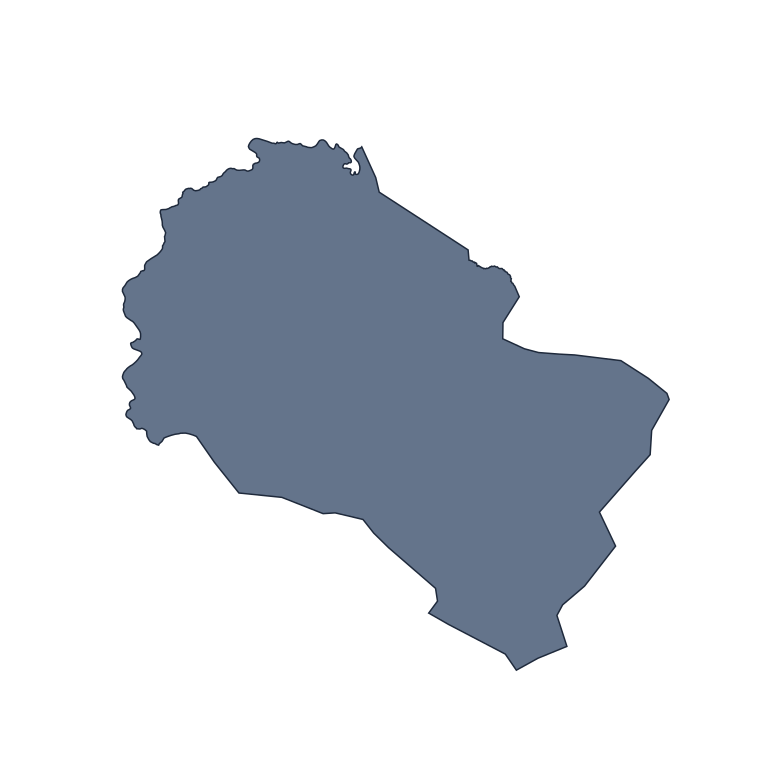 the district of To'morbulag, Hövsgöl, Mongolia, rotated 204°
{"feature_id": "93677404B25273038411096", "entity_name": "To'morbulag", "entity_type": "district", "adm_level": 2, "iso_a3": "MNG", "parent_name": "Mongolia", "parent_adm1": "Hövsgöl", "projection": "orthographic", "projection_center": [100.416, 49.267], "detail": "fine", "context": "isolated", "style": "filled", "palette": "slate", "viewbox_px": 768, "rotation_deg": 204, "n_neighbors": 0, "source": "geoboundaries", "source_scale": "gbopen_adm2", "svg_char_len": 6171}
<svg xmlns="http://www.w3.org/2000/svg" viewBox="0 0 768 768"><g transform="rotate(204 384 384)"><path d="M118.9,406.7L112.1,427.7L120.6,450.5L117.2,485.8L121.7,490.5L144.8,496.7L177.1,501.7L221.6,488.1L236.0,482.6L255.6,475.6L270.0,473.3L293.9,473.6L300.3,488.5L295.9,518.7L304.2,526.4L306.1,527.4L307.1,528.3L308.4,528.4L308.9,529.1L309.9,529.3L310.0,529.4L310.0,530.2L310.4,530.9L310.5,532.0L311.7,532.6L312.1,533.7L313.1,534.5L313.6,534.8L315.5,534.9L317.1,536.1L318.8,536.0L319.1,536.4L320.3,536.4L320.8,537.1L321.8,536.9L323.0,537.5L323.5,537.4L324.2,536.9L325.1,536.7L325.7,536.3L326.7,536.5L328.1,537.1L329.1,536.5L331.0,536.7L332.1,535.7L333.8,535.3L334.0,534.6L334.8,534.2L334.9,533.6L335.2,533.0L335.6,532.7L336.0,532.0L336.6,531.6L337.2,531.6L337.7,530.9L338.1,530.6L339.1,530.5L339.8,529.9L340.5,530.2L341.2,530.0L342.1,530.1L342.6,530.0L343.4,530.3L344.1,530.2L344.8,530.5L345.4,530.3L345.9,530.5L346.3,529.6L346.8,529.5L347.2,530.3L347.6,530.5L348.4,531.8L348.6,531.9L349.3,531.9L349.7,532.1L350.1,531.6L350.4,531.5L351.0,532.1L352.0,531.7L353.6,532.3L354.3,531.9L355.4,532.1L355.8,531.9L356.7,531.7L361.7,540.7L466.4,557.3L475.5,569.2L500.8,591.6L501.1,590.6L501.4,590.0L503.4,588.4L503.8,587.9L504.0,586.6L504.4,582.5L504.3,580.7L504.1,579.8L503.6,579.2L502.4,578.3L497.7,576.2L496.4,575.0L494.9,573.3L494.0,571.8L493.4,570.3L492.9,567.7L492.9,566.5L493.2,565.1L493.9,564.5L494.6,564.2L495.6,564.1L495.9,564.5L496.4,565.9L496.9,565.9L497.1,565.5L497.1,564.6L496.9,563.5L496.9,562.8L497.3,562.3L497.8,562.0L498.6,562.0L499.5,562.2L500.1,562.6L500.7,563.3L500.9,563.9L501.0,565.6L501.2,566.1L501.5,566.5L501.9,566.7L502.8,566.7L504.0,566.3L506.0,566.0L507.9,564.9L508.8,564.8L509.4,565.0L509.8,565.5L510.1,566.4L510.1,567.8L509.9,568.7L509.5,569.2L508.8,569.5L507.6,569.7L507.0,570.1L506.6,570.7L506.2,571.8L504.8,572.4L504.3,573.0L504.2,573.6L504.7,574.6L505.3,575.3L506.3,576.0L507.0,576.1L507.8,576.5L508.9,577.5L509.8,578.7L512.1,580.0L514.8,580.6L515.9,581.4L516.6,581.7L521.3,582.2L522.0,582.6L522.8,583.4L523.8,583.9L524.6,584.0L525.1,583.9L525.4,583.2L525.1,580.3L525.2,579.0L525.5,578.2L526.2,577.9L527.0,577.8L529.9,578.4L531.3,579.0L534.9,581.4L537.2,582.2L538.9,582.2L540.4,581.5L541.7,580.3L542.1,579.2L542.6,575.9L543.2,573.8L544.6,572.1L546.1,570.6L547.2,570.1L550.0,569.2L551.3,569.2L555.3,568.5L557.4,569.4L558.5,569.5L559.5,568.7L560.4,567.7L562.3,566.8L563.9,566.5L565.7,566.3L566.8,566.4L569.0,567.0L569.9,567.0L570.8,566.4L571.5,565.4L573.1,563.7L576.2,562.8L578.4,561.1L579.9,561.4L580.1,561.1L580.2,560.0L580.4,559.7L580.9,559.3L582.5,559.2L584.1,558.5L589.3,558.2L597.9,557.2L600.0,556.6L601.6,555.7L603.0,554.3L604.0,552.1L604.6,549.4L604.7,547.1L604.4,545.7L603.4,544.7L602.2,543.9L595.9,543.1L594.3,542.6L593.8,542.1L593.1,540.6L592.5,539.9L589.8,539.5L589.1,538.8L588.6,537.8L588.4,536.6L588.8,535.5L590.0,534.2L591.6,533.2L591.9,532.5L592.7,531.7L592.7,530.2L591.6,527.9L591.6,526.7L591.8,526.1L593.4,524.4L594.8,523.1L596.6,522.8L597.3,523.0L598.2,522.9L599.5,522.4L603.2,520.3L604.6,519.8L605.7,519.5L608.6,519.8L609.9,519.1L611.6,518.8L613.1,517.8L614.2,516.4L614.9,515.0L615.2,513.6L616.0,512.1L616.5,510.5L616.6,508.8L617.0,507.9L617.7,507.0L620.0,505.1L620.2,504.1L620.2,502.7L620.3,501.8L621.1,500.5L622.5,499.0L623.7,498.2L625.6,497.2L625.9,496.7L625.4,495.4L625.3,494.6L625.7,493.7L626.7,492.0L627.5,491.3L629.4,490.3L629.9,488.9L630.9,487.8L631.2,486.6L632.4,485.4L634.7,483.9L636.6,483.6L639.1,484.4L640.1,484.2L640.8,483.9L641.3,483.4L642.2,483.2L644.2,481.5L644.7,480.5L644.9,479.5L645.2,478.5L645.7,477.8L645.7,476.9L645.2,476.4L645.1,474.5L644.7,473.3L644.7,472.5L645.1,471.7L646.6,469.7L646.8,469.1L646.6,468.0L645.2,465.5L645.1,464.8L645.2,463.9L645.9,463.0L646.7,462.5L647.4,461.6L648.7,460.4L649.7,459.8L650.6,458.6L651.4,457.7L651.9,456.8L654.1,454.8L657.7,453.0L658.6,452.3L658.7,451.6L658.5,450.5L658.0,449.3L656.6,447.8L656.1,446.7L653.1,442.8L652.0,440.9L651.1,438.9L649.7,437.3L646.9,435.2L645.0,433.4L644.5,431.0L644.4,430.0L644.5,429.5L641.7,424.5L642.0,424.8L642.3,423.7L642.2,421.8L642.5,420.2L641.6,418.1L641.5,416.9L642.1,414.2L642.9,411.8L643.8,409.6L647.7,403.9L650.4,399.4L650.6,398.9L650.8,397.0L650.9,395.4L650.8,394.7L649.3,391.5L649.3,390.4L649.7,389.7L650.4,389.4L652.0,387.9L651.9,386.7L652.8,382.4L653.2,381.8L654.7,379.9L656.6,378.2L658.1,376.4L659.4,374.4L660.2,372.6L660.7,368.6L661.5,365.6L661.4,364.1L660.6,362.2L656.0,358.2L655.4,357.2L655.0,356.2L654.5,354.3L654.4,353.4L654.4,351.3L654.1,350.3L652.9,348.4L652.6,346.3L652.3,345.7L651.7,344.8L647.6,340.7L645.8,340.0L640.4,339.0L639.2,339.0L637.0,338.1L629.8,333.8L628.1,332.5L626.8,330.9L625.5,328.0L625.2,326.7L624.9,326.0L625.1,325.5L626.1,325.2L627.3,325.1L628.1,324.5L628.5,323.0L629.4,321.3L629.9,320.7L630.1,320.1L631.1,319.4L631.9,318.4L631.8,317.7L630.7,316.3L629.4,315.1L628.4,314.5L626.8,314.3L620.6,314.7L619.6,314.6L618.8,314.4L618.2,314.0L617.5,313.0L617.4,312.6L617.6,311.2L618.2,309.1L618.9,305.8L619.7,303.5L621.0,300.5L621.9,298.9L623.1,297.3L624.4,295.0L625.2,293.2L625.3,292.5L626.0,290.5L626.4,288.8L626.2,285.7L625.9,284.3L625.1,283.0L624.6,282.5L623.2,281.7L618.8,278.0L617.7,276.7L617.1,276.4L611.9,274.6L611.1,274.1L607.8,272.1L606.8,271.2L605.7,269.9L605.6,269.1L605.9,268.2L607.8,266.0L608.4,264.9L608.7,263.8L608.5,262.3L607.9,261.1L606.5,259.9L605.8,259.1L605.6,258.4L606.4,257.0L607.4,255.8L607.7,254.5L607.7,253.6L607.5,251.8L607.3,251.0L606.4,249.9L605.2,249.2L600.8,248.5L599.1,247.9L596.4,245.6L595.3,244.3L593.7,243.4L592.5,243.1L591.8,242.5L588.7,243.6L587.4,244.9L586.2,245.2L584.1,245.1L581.7,244.4L580.5,242.0L579.0,239.7L576.2,237.5L574.0,236.3L570.6,236.1L568.9,236.5L567.0,236.2L565.0,236.5L565.0,238.0L563.5,241.2L563.1,244.0L563.1,244.9L562.1,246.2L560.4,247.9L557.5,250.6L554.3,253.2L551.2,255.1L549.8,256.3L545.4,258.4L541.8,259.2L537.6,259.7L534.0,259.8L507.1,243.5L472.2,225.4L431.2,238.9L386.9,240.8L376.2,246.4L348.1,251.7L332.7,243.6L313.1,236.3L253.8,218.3L246.8,207.4L250.0,192.9L227.3,190.6L163.3,186.6L146.7,176.4L131.9,196.0L110.2,218.7L131.9,242.9L131.0,254.9L118.6,280.9L106.5,330.1L135.1,354.6L118.9,406.7Z" fill="#64748b" stroke="#1e293b" stroke-width="1.5"/></g></svg>